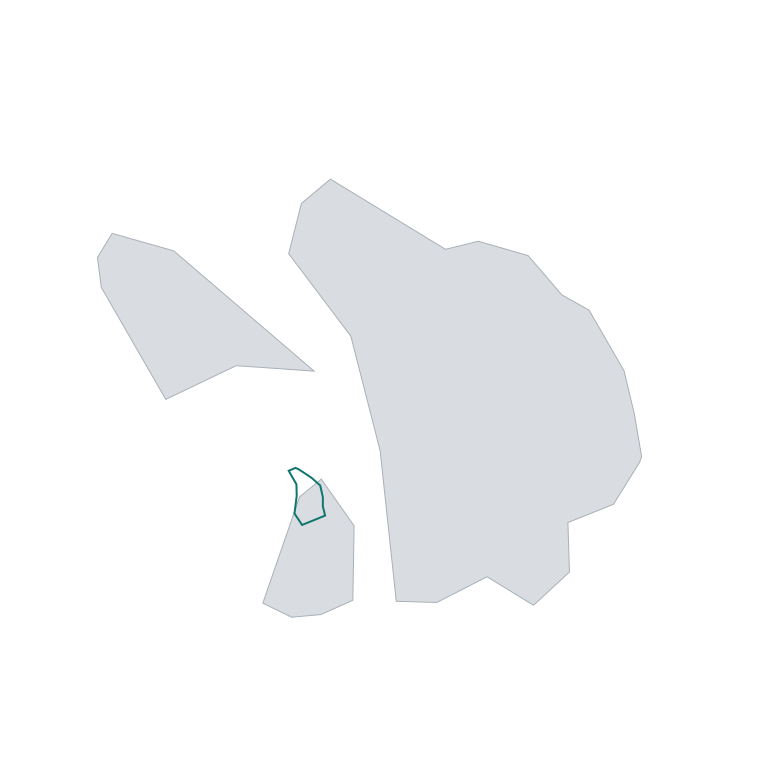 Hong Kong S.A.R., with Central and Western highlighted, rotated 60°
{"feature_id": "HKG-5153", "entity_name": "Central and Western", "entity_type": "state/province", "adm_level": 1, "iso_a3": "HKG", "parent_name": "Hong Kong S.A.R.", "parent_adm1": "", "projection": "orthographic", "projection_center": [114.135, 22.273], "detail": "fine", "context": "in_parent", "style": "outline", "palette": "teal", "viewbox_px": 768, "rotation_deg": 60, "n_neighbors": 0, "source": "natural_earth", "source_scale": "10m", "svg_char_len": 865}
<svg xmlns="http://www.w3.org/2000/svg" viewBox="0 0 768 768"><g transform="rotate(60 384 384)"><path d="M307.5,231.0L310.5,228.1L344.9,195.0L395.8,185.4L422.6,169.5L492.6,169.5L535.5,182.3L576.0,197.3L579.8,202.2L602.9,245.4L595.9,294.0L639.5,317.4L650.4,365.1L602.4,391.2L599.6,447.5L578.3,482.0L439.9,420.7L326.0,388.8L223.5,401.4L186.3,365.2L179.8,328.0L298.1,263.4L307.5,231.0ZM288.2,580.7L158.9,580.5L131.2,568.9L117.6,544.2L163.5,499.6L337.9,438.1L294.2,502.9L288.2,580.7ZM539.8,580.6L513.2,598.5L439.6,513.6L435.0,485.9L491.8,480.8L555.7,519.1L552.1,553.9L539.8,580.6Z" fill="#d9dde1" stroke="#a8b0b8" stroke-width="1"/><path d="M411.5,509.9L412.4,502.6L414.8,500.8L420.0,498.1L429.2,493.6L440.0,490.0L451.6,493.6L459.3,498.1L468.5,500.8L465.1,525.4L451.4,526.3L437.2,515.5L427.1,510.0L411.5,509.9Z" fill="none" stroke="#0f766e" stroke-width="2"/></g></svg>